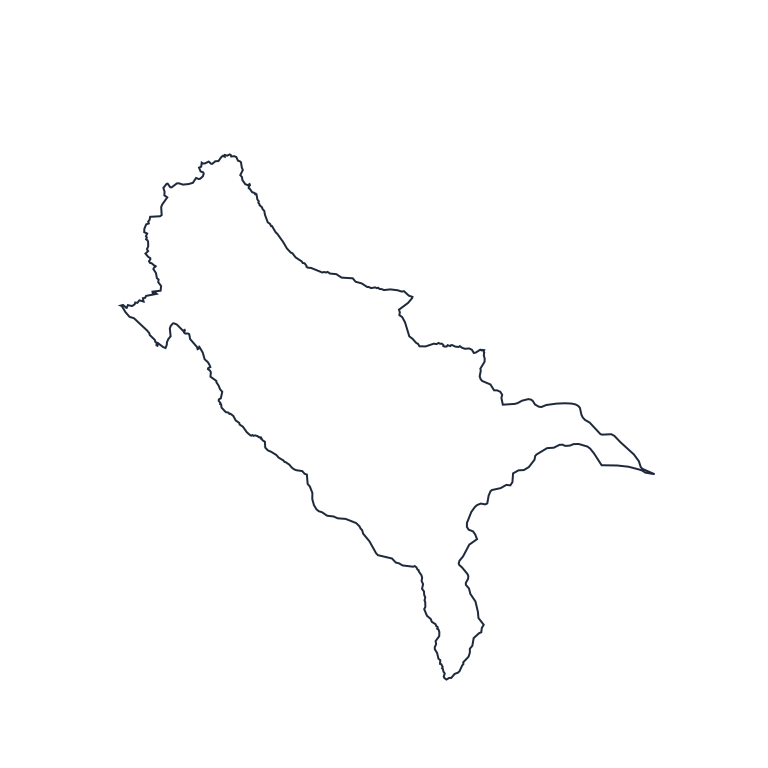 Duitama, Boyacá, Colombia, rotated 148°
{"feature_id": "7082276B48386151421369", "entity_name": "Duitama", "entity_type": "district", "adm_level": 2, "iso_a3": "COL", "parent_name": "Colombia", "parent_adm1": "Boyacá", "projection": "robinson", "projection_center": [-73.056, 5.897], "detail": "fine", "context": "isolated", "style": "outline", "palette": "slate", "viewbox_px": 768, "rotation_deg": 148, "n_neighbors": 0, "source": "geoboundaries", "source_scale": "gbopen_adm2", "svg_char_len": 6165}
<svg xmlns="http://www.w3.org/2000/svg" viewBox="0 0 768 768"><g transform="rotate(148 384 384)"><path d="M488.4,104.2L488.6,102.7L487.7,100.3L484.4,100.2L482.7,99.1L477.8,100.7L474.1,100.0L472.0,100.5L466.8,103.9L465.1,104.4L464.3,106.0L456.9,107.9L453.6,110.6L451.5,114.0L447.8,115.2L442.6,121.0L435.4,122.3L433.1,121.9L430.3,125.3L427.0,127.0L427.9,135.5L425.1,141.0L421.7,151.1L422.0,160.2L420.3,165.5L421.0,170.3L420.0,172.0L416.0,174.2L414.4,176.2L413.9,178.5L415.0,186.9L416.1,190.8L415.8,192.2L413.7,194.1L408.3,195.9L396.8,202.6L387.3,203.1L386.4,208.1L386.6,211.8L389.4,215.6L389.4,218.9L387.3,222.2L377.8,229.2L372.2,231.5L369.2,232.0L365.3,231.3L362.0,228.3L359.7,228.0L354.4,233.9L350.4,236.7L348.7,236.9L340.3,233.9L333.7,233.6L330.6,231.1L327.1,232.7L321.9,239.8L315.7,239.5L311.0,236.9L305.2,236.8L296.5,240.0L294.0,242.8L292.0,243.4L279.7,243.2L273.8,240.0L267.4,239.4L264.7,237.9L263.5,235.9L261.8,234.7L258.8,233.2L255.2,232.6L250.7,230.0L244.6,223.1L243.4,219.9L242.7,214.0L242.5,199.8L229.4,191.3L220.4,184.2L212.8,176.1L210.8,173.6L209.4,170.4L202.3,164.1L209.8,175.1L210.3,177.5L208.8,183.4L209.4,191.8L214.4,209.6L216.1,217.9L217.9,221.0L225.6,225.3L227.0,226.7L230.0,242.2L232.6,247.1L233.2,250.4L232.8,253.5L230.5,259.9L230.8,262.3L232.4,265.2L235.3,268.0L240.8,271.8L247.8,275.8L257.5,280.2L262.8,281.1L264.8,282.8L266.8,286.6L266.8,290.6L267.4,292.6L269.6,294.7L275.8,296.7L280.8,297.0L283.6,297.8L294.2,303.5L291.8,310.0L289.5,312.2L289.5,315.8L291.5,318.7L294.0,320.3L294.0,327.2L299.1,334.5L299.5,336.9L298.8,339.8L294.8,344.1L294.2,345.9L286.9,349.6L285.1,352.3L284.2,355.4L282.3,357.6L282.4,358.7L281.1,359.6L282.8,361.0L283.6,360.9L284.2,362.1L289.3,362.0L291.4,362.7L291.3,366.3L292.8,368.9L296.7,371.0L298.7,373.5L299.6,375.9L301.2,375.9L303.8,378.0L305.5,380.8L306.4,381.4L307.7,381.0L309.5,383.2L311.0,382.6L312.9,383.7L313.6,384.8L313.0,385.6L313.6,387.6L315.1,388.4L316.0,389.9L318.3,390.0L320.4,391.8L328.7,393.8L333.9,397.1L333.9,400.1L334.9,401.7L335.9,407.4L337.3,411.0L333.5,425.1L333.1,431.1L334.5,434.2L332.6,436.4L331.9,439.1L320.7,440.0L314.7,441.9L313.7,442.8L316.1,445.7L317.9,452.1L320.0,453.0L322.8,456.3L328.5,460.9L334.3,463.7L335.6,465.6L337.4,466.9L337.9,468.7L339.3,469.1L340.3,470.6L344.2,472.2L345.5,474.4L346.8,475.1L349.6,481.1L353.9,485.8L354.5,490.2L363.6,496.7L366.2,502.4L371.3,506.3L372.5,509.0L374.0,509.2L375.4,510.7L377.2,511.2L384.3,521.0L387.1,523.2L387.6,524.4L387.1,525.5L387.4,528.5L388.8,529.7L388.8,531.5L391.9,538.3L392.4,543.5L393.4,544.8L394.5,550.3L394.3,558.1L394.9,567.9L395.5,570.0L395.3,577.3L396.1,577.8L395.8,580.1L396.9,582.7L395.3,590.5L393.8,594.3L394.3,596.7L393.8,598.5L394.8,601.5L394.3,602.4L394.5,604.3L393.4,605.3L393.6,607.6L391.6,612.5L391.9,613.4L392.7,613.3L392.8,615.0L394.2,616.5L394.4,621.0L395.0,621.6L394.0,623.2L392.3,623.6L392.1,624.8L394.1,624.8L395.8,627.0L396.0,632.0L394.8,634.8L395.2,637.3L390.3,640.3L389.9,642.9L387.8,647.8L388.2,649.2L389.5,650.8L389.0,654.7L390.2,656.5L393.0,657.9L392.6,659.4L393.3,660.5L396.0,660.7L397.7,662.7L398.3,662.6L398.7,661.3L399.9,662.9L402.0,662.6L406.2,660.8L409.1,662.3L412.9,661.7L413.9,662.4L414.8,665.5L419.1,666.0L420.6,666.8L421.3,668.3L423.8,665.2L426.2,665.5L426.9,661.4L425.2,659.4L425.4,657.9L427.6,656.1L431.1,655.5L432.4,655.9L434.2,658.3L439.5,655.9L443.7,657.1L448.8,659.6L451.6,662.9L453.4,663.9L459.8,663.3L461.0,664.1L461.3,668.6L462.5,668.9L467.2,667.2L468.2,663.3L470.3,660.4L468.9,657.1L477.1,653.7L479.2,652.1L483.0,645.1L485.0,644.9L493.7,649.7L495.9,647.4L497.9,646.7L498.4,644.8L501.1,645.4L505.0,642.6L506.9,639.8L505.1,637.1L507.6,635.5L507.5,633.9L509.1,632.8L508.4,631.1L508.7,629.6L511.0,625.7L513.6,623.9L513.6,621.7L517.2,621.0L516.6,616.8L515.5,614.6L516.1,613.5L518.2,612.7L518.3,610.7L517.1,609.6L516.0,606.0L515.2,605.2L515.3,604.7L517.4,604.5L518.7,603.7L518.6,598.9L520.5,594.1L519.8,592.1L521.5,590.0L521.1,585.2L524.0,581.5L531.4,585.0L532.0,583.5L529.5,582.5L529.0,580.9L539.1,584.8L540.8,583.7L543.0,584.5L544.2,581.3L547.1,584.6L550.1,583.5L551.8,584.9L553.2,583.7L556.3,583.6L559.4,586.6L561.8,584.9L562.2,585.2L563.4,589.3L565.7,590.0L565.0,589.0L565.2,582.1L564.2,575.8L561.2,572.3L556.5,554.7L556.1,551.4L556.7,549.8L555.0,542.8L555.6,540.9L554.9,539.6L556.4,537.4L555.9,536.5L553.9,538.1L551.7,532.3L550.2,530.3L547.4,532.4L545.9,534.5L542.9,536.5L539.7,537.5L536.2,544.6L534.2,546.2L531.2,547.2L530.1,546.9L528.2,544.3L526.2,535.6L524.4,535.5L524.5,534.9L526.3,533.7L525.8,532.1L523.4,530.6L522.8,529.5L524.6,524.8L523.0,514.5L523.6,512.3L522.8,512.2L521.0,513.4L520.9,512.7L521.1,506.6L523.0,500.0L521.8,495.8L521.8,493.2L522.3,490.4L524.7,490.6L525.4,490.0L524.5,487.6L524.6,485.7L527.3,482.2L524.6,475.6L525.2,474.2L525.1,470.6L525.8,466.3L525.3,463.1L530.0,458.3L532.0,458.5L532.7,458.0L533.1,457.2L532.8,454.8L533.6,453.8L532.9,453.1L534.3,450.0L533.1,444.0L531.1,442.2L531.0,440.6L530.0,440.2L528.7,436.7L529.1,431.8L527.4,427.7L527.9,426.1L526.3,422.6L525.9,415.7L524.5,411.2L523.9,410.5L522.5,410.3L522.2,409.3L520.4,408.6L518.7,406.6L518.5,405.4L517.5,404.8L517.4,403.3L516.7,403.5L516.8,400.5L515.6,398.2L518.4,393.0L517.7,389.3L515.6,386.3L512.9,380.8L512.4,377.5L509.8,372.4L509.7,370.7L508.8,369.8L507.0,365.7L506.6,362.4L505.6,359.5L504.1,357.4L499.5,353.5L498.9,349.9L497.4,348.1L501.7,339.7L501.2,336.3L502.5,329.5L505.8,324.4L507.6,318.4L507.7,313.6L506.8,310.8L504.4,307.9L502.0,302.4L497.0,298.4L494.4,294.6L488.1,290.0L481.3,280.8L480.2,276.2L480.5,274.0L480.0,271.6L481.0,268.1L479.7,258.3L480.4,244.8L479.9,242.1L469.7,231.8L468.6,226.3L466.4,224.1L464.4,220.3L456.1,213.6L454.4,213.3L453.7,211.4L453.9,208.7L453.3,207.9L453.8,206.6L453.6,202.0L454.3,199.5L456.5,197.0L456.9,193.6L460.3,190.1L460.0,187.0L461.8,183.5L462.0,181.3L464.3,179.0L464.4,177.6L467.0,173.1L469.2,171.8L470.4,164.7L468.9,159.9L469.5,157.0L467.6,153.0L468.0,150.7L467.3,149.8L467.8,148.4L468.5,148.2L467.9,146.9L468.5,144.3L470.8,140.9L476.5,138.6L477.6,135.8L480.4,133.9L481.5,132.1L481.5,127.8L483.4,122.1L482.6,120.0L484.8,117.0L483.9,116.0L484.2,112.9L485.4,112.2L485.1,111.1L486.0,108.6L485.9,106.3L488.4,104.2Z" fill="none" stroke="#1e293b" stroke-width="2"/></g></svg>